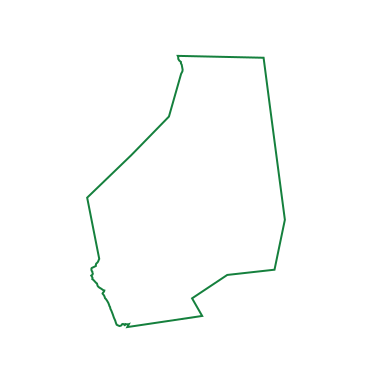 outline of Kajo-keji, Central Equatoria, South Sudan, rotated 105°
{"feature_id": "79223893B65724383376583", "entity_name": "Kajo-keji", "entity_type": "district", "adm_level": 2, "iso_a3": "SSD", "parent_name": "South Sudan", "parent_adm1": "Central Equatoria", "projection": "orthographic", "projection_center": [31.637, 3.892], "detail": "fine", "context": "isolated", "style": "outline", "palette": "green", "viewbox_px": 384, "rotation_deg": 105, "n_neighbors": 0, "source": "geoboundaries", "source_scale": "gbopen_adm2", "svg_char_len": 1207}
<svg xmlns="http://www.w3.org/2000/svg" viewBox="0 0 384 384"><g transform="rotate(105 192 192)"><path d="M91.3,138.0L43.8,157.6L64.2,241.0L65.1,240.3L67.0,239.7L68.3,238.4L69.3,236.3L70.6,236.0L71.7,234.9L76.3,232.7L78.0,232.5L80.7,233.1L125.1,233.8L171.8,260.0L224.6,291.8L280.6,264.3L280.9,264.4L283.5,264.7L284.8,265.2L286.0,266.0L287.4,266.0L288.3,265.7L289.6,267.1L290.5,268.2L291.4,269.2L292.2,269.3L293.5,268.9L294.3,268.3L294.6,267.7L295.5,267.4L296.5,266.7L297.5,266.7L298.2,267.2L298.8,267.7L299.9,266.5L300.8,265.8L301.9,265.8L302.5,264.4L304.6,261.1L305.0,260.1L306.9,259.0L307.5,258.4L308.3,256.8L308.8,255.0L309.8,252.2L309.8,251.2L310.8,251.2L311.5,251.5L312.5,252.0L313.3,252.1L314.3,250.7L315.5,249.5L317.1,248.5L317.7,247.4L319.1,245.8L320.7,244.2L322.3,243.0L323.7,242.1L324.3,241.4L325.9,240.6L327.5,239.2L329.8,237.5L331.2,236.5L333.5,235.0L336.2,232.8L338.0,231.7L339.7,230.4L340.1,228.5L340.2,227.3L339.5,226.1L338.8,225.6L337.8,225.3L337.3,224.5L337.6,223.4L338.0,222.5L337.6,222.2L336.8,222.2L336.8,221.4L336.5,220.3L336.4,219.4L336.0,218.8L339.2,219.5L309.1,150.1L294.7,164.4L263.0,136.5L245.7,92.2L194.8,95.1L91.3,138.0Z" fill="none" stroke="#15803d" stroke-width="2"/></g></svg>